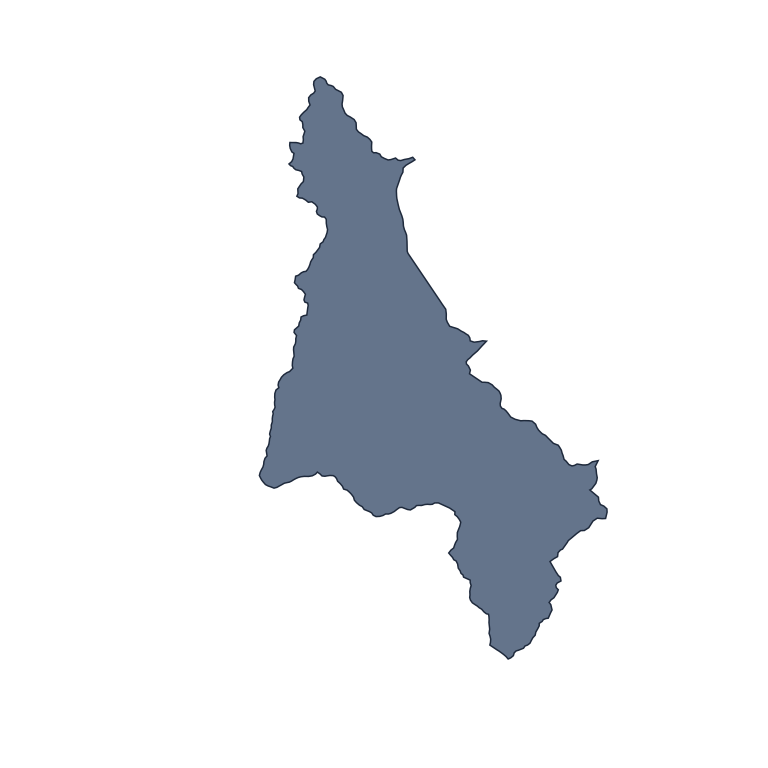 Aliança do Tocantins, Tocantins, Brazil (Albers equal-area conic projection), rotated 62°
{"feature_id": "56859067B72455784373127", "entity_name": "Aliança do Tocantins", "entity_type": "district", "adm_level": 2, "iso_a3": "BRA", "parent_name": "Brazil", "parent_adm1": "Tocantins", "projection": "albers", "projection_center": [-48.928, -11.359], "detail": "fine", "context": "isolated", "style": "filled", "palette": "slate", "viewbox_px": 768, "rotation_deg": 62, "n_neighbors": 0, "source": "geoboundaries", "source_scale": "gbopen_adm2", "svg_char_len": 6155}
<svg xmlns="http://www.w3.org/2000/svg" viewBox="0 0 768 768"><g transform="rotate(62 384 384)"><path d="M685.1,403.5L685.3,400.7L684.6,397.3L682.5,395.3L681.7,392.6L682.2,390.3L682.8,384.9L681.5,382.4L681.9,379.8L681.4,376.8L679.6,374.3L677.9,371.7L676.8,368.5L674.3,366.4L672.3,363.2L670.4,360.5L668.2,359.3L667.9,355.9L666.8,353.9L667.1,351.2L667.9,348.9L664.2,344.3L662.4,341.7L657.1,340.3L654.4,340.8L653.0,337.8L652.5,334.3L649.4,328.8L647.5,326.7L644.7,327.5L642.3,326.8L641.0,324.5L641.0,320.2L637.4,319.0L635.0,320.0L630.6,320.4L618.7,320.8L618.0,316.1L617.9,311.8L614.6,309.5L613.4,306.1L613.6,303.9L610.0,296.7L608.8,294.8L606.5,284.0L605.8,279.2L607.4,275.9L607.0,270.7L603.1,263.8L602.6,258.7L605.3,254.7L606.8,251.5L601.9,247.2L598.9,245.8L595.0,247.2L592.1,249.5L588.1,249.3L584.6,247.8L574.2,252.0L574.1,249.8L571.2,243.6L568.7,241.1L566.8,239.7L563.0,238.5L558.7,236.7L556.1,236.3L552.2,230.9L550.5,236.6L551.0,241.5L550.0,244.3L548.8,246.5L547.1,248.7L545.3,251.1L545.3,254.1L544.6,256.5L541.9,258.6L537.7,259.4L535.1,260.4L531.3,259.5L528.7,259.2L525.7,258.5L522.8,258.6L519.8,258.9L517.8,260.7L515.9,262.3L513.0,263.2L508.8,264.5L505.2,265.5L502.3,267.6L500.0,268.4L497.1,269.2L494.0,269.4L490.7,269.0L486.3,270.7L484.4,273.4L482.0,277.6L480.7,280.5L476.7,284.8L472.7,287.6L467.8,288.3L464.9,288.9L462.5,289.8L460.9,291.3L458.1,291.6L455.8,290.6L452.1,287.5L448.9,286.1L446.7,285.8L444.2,285.8L441.4,286.9L438.7,288.1L435.5,288.9L431.7,291.3L429.8,294.2L428.5,296.6L423.2,299.4L415.1,303.7L412.3,301.2L407.7,301.0L405.1,301.8L403.0,301.0L401.8,298.5L401.3,295.8L400.1,292.2L398.7,286.0L396.4,279.7L394.3,273.4L392.1,276.7L391.2,280.0L389.4,284.8L386.4,287.6L383.6,286.6L380.6,286.7L378.6,287.9L375.9,289.3L373.7,290.9L369.9,293.0L363.9,298.9L359.2,299.1L356.1,298.7L351.4,296.1L347.0,294.4L340.3,295.2L337.0,295.5L279.9,301.5L277.7,301.2L268.8,296.7L263.2,294.2L260.6,293.8L257.2,293.5L253.7,292.7L250.2,291.1L247.3,290.0L243.9,289.3L237.1,288.5L232.3,287.3L226.3,285.6L223.9,284.6L219.5,282.5L217.4,281.2L211.0,274.3L209.2,272.5L207.6,270.5L205.9,267.9L202.3,265.7L201.2,261.9L201.0,258.2L200.9,254.7L200.6,251.4L197.3,252.2L196.7,256.3L195.3,260.7L194.6,264.3L193.0,266.5L189.9,267.7L189.1,272.5L188.1,275.2L185.1,277.7L182.1,279.7L179.0,279.8L176.0,282.4L175.0,284.6L172.9,285.5L170.4,284.5L167.9,283.2L164.6,281.2L161.5,281.6L158.2,282.8L155.2,285.3L151.8,286.9L149.4,288.2L146.1,288.8L142.6,287.1L140.2,286.0L136.5,286.2L132.3,288.5L129.6,290.4L126.5,291.2L122.2,290.8L119.9,290.7L117.1,289.6L114.5,287.6L110.1,284.7L106.4,284.7L103.6,286.6L101.1,288.4L97.5,289.1L95.7,290.5L93.7,292.8L91.6,293.3L89.4,292.9L87.1,293.2L82.9,296.1L82.7,300.5L83.9,303.8L86.6,305.6L93.0,307.2L94.2,309.6L94.4,312.9L95.8,316.1L99.0,317.7L102.9,318.3L104.3,321.3L105.5,323.4L106.4,327.3L107.5,330.7L108.8,333.3L111.3,334.2L114.0,333.0L116.9,333.9L119.5,335.3L123.6,335.2L125.6,337.2L127.6,339.3L130.6,340.6L133.2,342.5L132.8,344.8L131.2,346.2L129.6,348.2L126.6,353.7L128.9,355.2L132.0,356.2L135.9,356.4L138.1,355.2L140.1,356.8L142.5,358.6L144.3,361.1L145.1,364.6L147.3,364.0L149.1,362.5L151.3,362.2L153.4,361.3L155.6,358.8L157.7,357.0L160.2,357.7L163.6,357.6L167.4,360.1L168.4,363.3L171.2,368.5L175.5,370.5L177.3,372.8L180.0,371.3L181.6,368.8L184.8,366.8L188.0,365.5L189.2,362.2L193.0,360.3L196.4,359.7L198.3,360.8L199.8,362.6L202.5,363.1L205.0,361.9L207.3,360.4L208.7,358.1L211.5,357.7L215.0,359.5L218.2,360.6L221.1,361.3L223.5,363.1L227.1,366.9L228.2,369.2L229.8,371.0L230.4,374.6L233.1,376.7L234.3,379.2L235.8,382.4L236.7,385.6L239.2,387.1L240.6,389.7L241.8,391.5L243.7,393.3L245.5,395.4L247.0,397.7L247.9,400.0L247.1,402.3L247.0,404.8L247.8,408.5L247.3,411.4L250.3,413.6L252.5,415.5L254.7,415.0L256.9,414.3L259.4,414.6L261.8,412.5L264.6,411.7L267.9,411.3L270.2,413.5L272.2,415.2L274.6,415.4L276.7,413.4L279.1,414.1L281.0,415.6L286.9,419.8L286.0,422.8L285.9,425.8L288.5,427.6L290.2,430.1L292.8,432.1L294.1,437.6L296.2,439.2L300.2,438.5L302.7,440.7L304.7,441.7L306.8,443.3L309.0,446.4L311.3,447.8L314.0,448.9L317.3,450.3L319.0,452.5L321.5,454.4L324.6,456.3L327.3,457.1L328.7,461.6L328.4,464.2L328.8,468.1L329.9,471.4L331.3,473.5L332.8,476.1L335.2,478.0L337.9,478.6L338.6,482.2L341.1,484.8L344.3,486.7L346.6,487.6L348.7,489.2L351.2,490.4L353.3,491.0L354.8,492.8L356.1,495.2L358.3,495.8L360.0,497.4L362.1,498.9L364.9,500.3L367.3,502.8L370.0,504.2L372.2,506.5L374.5,508.5L377.1,508.9L378.5,510.6L380.7,512.1L382.7,513.6L384.5,515.4L385.6,517.4L387.3,519.2L392.6,521.0L393.7,523.9L396.2,526.5L398.4,527.9L400.5,529.9L402.1,532.4L403.9,534.8L406.3,537.0L408.8,537.1L411.2,537.1L413.6,536.7L417.1,535.9L419.6,534.2L421.7,532.2L424.3,530.0L425.0,527.0L424.9,524.3L424.9,521.8L424.8,518.6L425.5,516.0L426.2,513.7L426.3,511.2L426.1,508.5L426.1,506.0L426.3,503.5L426.9,500.9L428.1,497.8L430.2,494.0L431.4,490.4L431.4,486.7L430.5,484.2L433.4,482.7L436.1,481.9L437.7,479.5L438.4,477.3L439.4,474.6L441.1,471.8L443.0,470.7L445.3,470.3L448.1,470.6L451.4,469.4L454.9,468.7L457.8,469.0L460.4,466.4L463.6,465.2L466.1,464.5L469.6,464.0L472.7,464.7L475.8,464.0L479.4,462.6L482.1,460.8L485.5,460.4L489.8,456.8L492.0,455.4L494.8,455.1L497.3,453.3L498.9,449.9L499.6,446.6L499.5,443.6L500.8,441.3L501.4,438.7L501.4,434.8L500.8,431.5L500.4,428.3L501.4,426.0L503.4,424.3L505.9,422.1L507.6,419.8L507.4,414.7L506.6,412.4L507.6,410.1L508.9,407.8L509.6,404.5L510.6,402.1L512.0,399.9L512.9,397.8L512.8,395.1L514.5,391.8L524.3,384.3L530.0,381.3L532.6,382.8L535.5,381.6L539.0,381.1L542.0,381.1L543.8,382.6L545.6,384.3L547.5,386.6L549.6,389.0L553.0,390.9L555.7,392.1L557.6,395.2L559.3,397.2L561.5,399.5L562.1,402.9L563.6,406.2L566.5,405.6L569.3,404.9L571.9,404.9L574.1,403.4L577.5,403.5L581.5,404.9L584.6,404.5L587.4,404.9L589.7,403.9L591.9,404.4L597.6,400.0L600.0,401.2L602.9,401.7L604.9,403.7L607.4,405.6L610.6,407.1L612.8,408.6L615.4,409.1L618.7,408.7L621.7,407.1L624.0,405.8L626.2,405.0L628.7,403.5L632.2,402.7L634.9,401.5L636.4,399.8L638.6,400.5L641.4,401.8L643.9,403.3L650.1,405.8L653.5,408.3L656.6,408.8L659.4,409.6L662.0,411.2L664.2,413.1L671.5,409.2L673.9,407.8L676.3,406.6L679.1,405.3L681.9,404.2L685.1,403.5Z" fill="#64748b" stroke="#1e293b" stroke-width="1.5"/></g></svg>